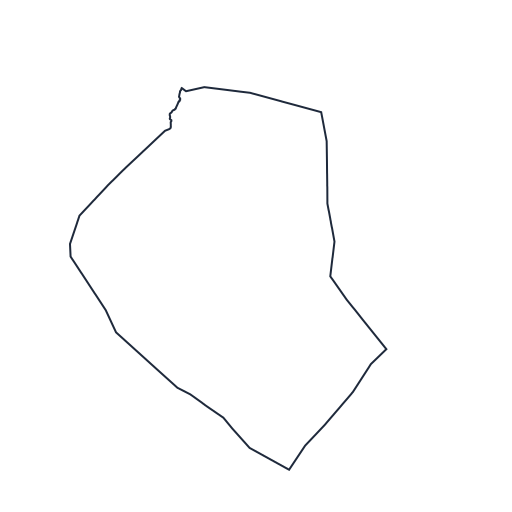 the district of No'mrog, Dzavhan, Mongolia, rotated 132°
{"feature_id": "93677404B73621846071454", "entity_name": "No'mrog", "entity_type": "district", "adm_level": 2, "iso_a3": "MNG", "parent_name": "Mongolia", "parent_adm1": "Dzavhan", "projection": "mercator", "projection_center": [96.871, 48.889], "detail": "fine", "context": "isolated", "style": "outline", "palette": "slate", "viewbox_px": 512, "rotation_deg": 132, "n_neighbors": 0, "source": "geoboundaries", "source_scale": "gbopen_adm2", "svg_char_len": 3204}
<svg xmlns="http://www.w3.org/2000/svg" viewBox="0 0 512 512"><g transform="rotate(132 256 256)"><path d="M238.0,96.8L231.9,134.3L229.7,147.1L229.7,147.3L229.4,149.2L229.4,149.4L227.8,159.3L222.2,183.6L222.1,184.1L221.8,185.6L221.6,186.4L221.4,187.2L206.4,197.8L206.0,198.0L203.3,199.9L192.8,207.3L184.2,218.4L183.9,218.9L181.1,222.6L180.3,223.5L179.0,225.3L178.9,225.4L178.4,226.0L178.1,226.4L173.8,232.0L173.5,232.5L169.3,238.0L157.2,249.0L155.5,250.7L155.2,250.9L147.5,258.0L146.9,258.6L138.5,266.3L123.4,280.3L117.3,288.3L108.9,299.3L105.5,303.8L108.0,308.8L118.0,328.6L124.0,340.4L124.0,340.5L136.3,364.9L137.5,367.2L138.6,369.5L139.8,371.2L144.4,377.7L147.5,382.2L147.6,382.3L151.9,388.5L165.1,407.4L180.3,418.2L180.4,418.3L180.8,423.1L180.9,423.6L181.0,423.6L181.5,423.4L182.2,423.1L182.6,422.8L183.0,422.7L183.4,422.8L183.9,422.7L184.3,422.7L184.7,422.5L184.8,422.4L185.1,422.1L185.4,421.9L185.7,421.8L186.4,421.4L186.7,421.3L187.5,420.8L188.4,420.2L188.7,420.0L189.0,419.9L189.3,419.5L189.5,419.0L189.6,418.4L189.6,417.9L189.8,417.6L190.1,417.4L190.4,417.1L190.8,416.8L191.0,416.9L191.2,417.0L191.3,417.0L191.5,417.0L191.6,416.9L191.8,416.9L192.0,416.7L192.2,416.4L192.3,416.4L192.5,416.4L192.6,416.5L192.8,416.7L193.1,416.7L193.5,416.7L193.8,416.5L194.1,416.4L194.5,416.3L194.9,416.1L195.0,416.1L195.8,415.8L198.1,415.1L199.4,414.7L199.8,414.5L200.1,414.3L200.4,414.3L200.6,414.3L200.8,414.4L200.9,414.5L201.1,414.5L201.4,414.5L201.6,414.5L201.8,414.4L202.1,414.5L202.5,414.8L202.9,415.0L203.6,415.2L204.4,415.2L205.1,415.1L205.5,414.9L205.8,414.9L206.1,414.9L206.6,415.0L207.1,415.2L207.9,415.2L208.2,415.1L208.3,415.0L208.4,414.9L208.8,414.6L209.2,414.2L209.5,413.5L209.9,413.1L210.2,412.8L210.5,412.5L211.1,412.2L211.7,411.9L211.9,411.5L211.9,411.2L211.8,410.8L211.7,410.4L211.7,410.1L211.7,409.8L211.9,409.6L212.3,409.2L212.7,409.1L213.1,409.0L213.5,409.0L213.9,408.7L214.7,407.9L215.3,407.3L216.0,406.7L216.5,406.2L216.8,406.0L217.0,405.7L217.7,405.3L217.8,405.3L218.0,405.2L218.3,405.1L218.8,405.2L219.4,405.3L220.0,405.5L223.8,407.4L235.5,408.4L252.8,409.8L253.2,409.9L255.0,410.0L257.4,410.2L277.3,411.9L279.3,412.0L280.3,412.1L280.6,412.1L281.4,412.2L286.7,412.5L287.2,412.5L288.8,412.6L289.3,412.6L294.6,412.9L295.1,412.9L296.1,413.0L297.1,413.1L302.5,413.4L304.8,413.4L305.3,413.4L310.7,413.5L311.2,413.5L318.3,413.7L318.8,413.7L322.6,413.7L323.2,413.8L331.3,413.9L334.7,414.0L335.1,414.0L344.1,414.2L345.4,413.6L345.9,413.4L346.9,413.0L347.7,412.6L350.6,411.4L350.9,411.2L371.5,402.3L380.5,393.4L381.4,390.1L381.6,389.1L381.9,388.1L382.0,387.6L385.5,374.4L385.5,374.2L391.8,350.5L391.9,349.9L396.8,331.4L404.4,313.6L406.4,308.9L406.4,305.4L406.5,254.7L406.5,252.2L406.5,251.9L406.5,247.9L406.5,246.9L406.5,246.4L406.5,245.8L406.5,245.4L406.5,243.6L406.5,243.2L406.5,226.2L402.8,212.3L401.2,198.1L401.1,196.3L401.0,196.0L401.0,195.5L400.9,194.7L400.9,194.0L398.0,172.0L400.1,158.1L402.9,132.3L392.7,88.4L364.0,92.6L335.9,91.9L334.9,91.9L334.7,91.9L332.4,92.0L319.5,92.3L319.4,92.3L314.5,92.4L314.0,92.4L307.7,92.6L302.4,92.7L302.0,92.7L294.5,92.9L293.5,93.0L292.7,93.0L292.2,93.0L264.8,97.4L264.1,97.5L259.5,98.3L238.0,96.8Z" fill="none" stroke="#1e293b" stroke-width="2"/></g></svg>